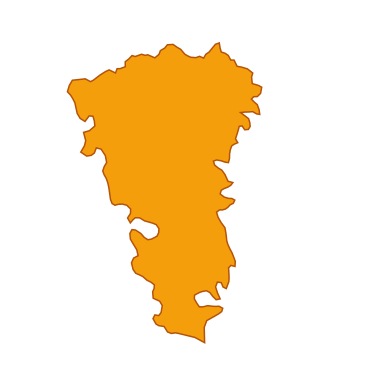 Estrela Velha, Rio Grande do Sul, Brazil, rotated 344°
{"feature_id": "56859067B2904675131057", "entity_name": "Estrela Velha", "entity_type": "district", "adm_level": 2, "iso_a3": "BRA", "parent_name": "Brazil", "parent_adm1": "Rio Grande do Sul", "projection": "equal_earth", "projection_center": [-53.174, -29.247], "detail": "fine", "context": "isolated", "style": "filled", "palette": "amber", "viewbox_px": 384, "rotation_deg": 344, "n_neighbors": 0, "source": "geoboundaries", "source_scale": "gbopen_adm2", "svg_char_len": 3015}
<svg xmlns="http://www.w3.org/2000/svg" viewBox="0 0 384 384"><g transform="rotate(344 192 192)"><path d="M287.9,110.5L285.3,107.9L279.8,104.4L281.0,97.8L283.2,94.4L279.2,88.9L273.9,85.5L270.0,83.6L268.8,76.8L265.6,75.8L264.5,70.7L262.1,67.8L258.7,65.5L258.7,61.3L259.3,56.2L255.2,56.5L246.8,62.3L243.3,63.4L240.1,66.5L236.7,63.7L232.7,63.9L227.9,62.1L225.1,59.7L223.0,57.4L220.5,51.8L217.5,48.7L214.4,44.9L208.9,43.7L205.5,46.1L200.6,47.4L198.2,50.6L193.3,52.8L187.3,47.9L184.6,47.7L181.5,45.7L174.7,46.1L172.0,44.3L167.9,46.7L163.7,48.4L162.4,53.2L156.8,53.6L154.0,52.8L151.3,56.5L146.0,51.8L142.0,52.4L135.9,54.2L127.8,57.4L124.8,57.9L120.6,53.8L107.8,51.6L103.4,55.8L99.9,61.3L102.0,65.5L103.1,69.3L104.0,74.0L103.3,84.8L104.8,90.5L108.6,94.7L114.1,90.5L117.7,91.9L117.7,96.7L116.8,101.8L110.2,104.8L104.2,104.8L104.0,113.3L101.4,117.9L96.1,123.0L100.6,128.4L105.2,129.0L108.9,127.6L112.2,123.2L116.5,125.8L118.7,133.1L118.1,140.1L114.6,143.4L112.0,147.2L112.3,151.2L113.3,155.4L113.6,160.1L113.2,165.4L111.6,176.7L112.0,181.1L114.3,183.5L117.7,183.5L121.7,184.4L125.7,186.8L128.3,191.4L127.0,195.6L122.9,199.2L124.2,204.7L127.4,202.5L130.4,201.1L134.5,202.4L138.5,206.7L141.1,208.3L145.6,211.1L148.7,213.6L150.1,218.2L148.7,222.0L146.2,224.8L143.1,225.5L140.0,226.1L136.4,225.7L133.6,222.5L131.4,217.8L127.2,213.0L123.9,211.6L120.8,214.8L119.8,220.4L121.5,226.9L123.0,232.3L122.6,238.4L117.7,239.4L114.3,243.4L114.0,250.2L115.5,254.6L118.9,257.4L121.3,259.6L124.4,264.4L127.8,267.5L130.2,270.9L129.0,274.3L126.7,277.0L125.4,283.4L130.8,288.0L132.1,293.0L129.1,299.3L126.0,301.6L122.4,299.9L119.6,303.0L121.0,309.0L123.2,311.3L128.1,313.6L129.9,319.8L133.2,322.3L137.2,322.8L140.0,324.2L154.7,332.6L162.6,340.3L166.4,325.6L170.7,319.7L184.0,316.5L187.6,315.1L189.5,312.2L186.4,309.2L183.5,308.6L180.3,307.5L175.8,305.6L170.8,305.4L167.4,304.4L166.0,300.3L164.8,295.3L166.0,291.9L168.8,291.2L171.9,290.6L174.7,290.5L178.6,290.9L181.4,293.5L183.3,298.3L185.5,302.2L189.6,302.5L188.7,296.0L188.5,289.7L191.6,285.6L195.1,287.2L195.7,291.9L198.3,294.3L202.7,288.3L203.9,285.0L205.0,280.6L206.3,274.9L209.2,273.3L212.8,275.4L214.5,270.7L214.1,265.5L213.7,261.4L212.7,256.9L212.0,251.9L212.0,248.2L212.7,244.5L213.3,240.4L213.8,235.4L211.6,229.5L210.1,223.5L210.0,218.2L213.5,216.8L216.3,217.6L219.5,217.6L222.2,216.6L225.2,214.8L228.5,214.3L230.9,211.6L228.5,209.2L225.4,208.2L221.5,205.7L218.5,201.6L220.6,198.4L223.6,197.6L227.8,197.2L231.2,196.2L233.9,194.2L229.6,191.6L228.5,184.3L226.7,179.2L224.0,176.4L221.2,172.4L221.1,168.2L224.5,168.0L228.6,170.0L232.0,172.4L235.1,173.8L237.3,170.1L238.6,165.8L240.4,162.1L242.8,158.7L245.6,157.7L249.6,157.2L248.5,152.9L251.1,149.0L253.5,145.3L255.5,141.9L258.4,142.3L259.8,146.7L263.4,147.4L266.0,145.0L266.7,141.0L266.6,137.1L264.2,133.8L260.6,129.0L265.1,129.8L268.5,130.7L272.5,131.5L275.6,134.7L278.5,136.1L279.2,131.4L278.8,126.0L276.8,123.0L274.7,119.1L277.6,117.4L281.1,118.3L285.1,116.1L287.9,110.5Z" fill="#f59e0b" stroke="#b45309" stroke-width="1.5"/></g></svg>